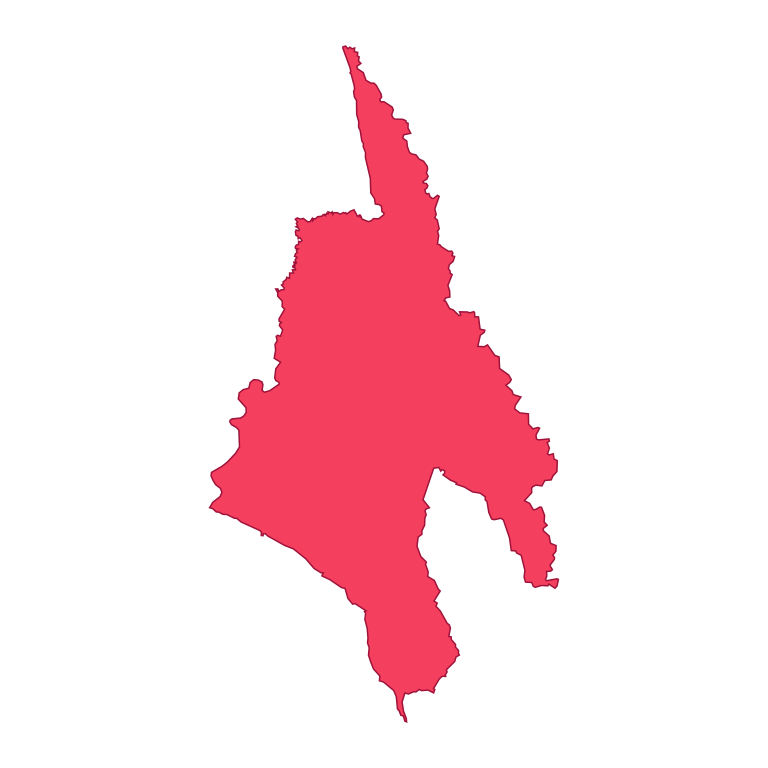 outline of Na Yai Am, Chanthaburi, Thailand
{"feature_id": "78962969B31255089270993", "entity_name": "Na Yai Am", "entity_type": "district", "adm_level": 2, "iso_a3": "THA", "parent_name": "Thailand", "parent_adm1": "Chanthaburi", "projection": "mercator", "projection_center": [101.878, 12.754], "detail": "fine", "context": "isolated", "style": "filled", "palette": "rose", "viewbox_px": 768, "rotation_deg": 0, "n_neighbors": 0, "source": "geoboundaries", "source_scale": "gbopen_adm2", "svg_char_len": 6101}
<svg xmlns="http://www.w3.org/2000/svg" viewBox="0 0 768 768"><path d="M297.3,217.9L295.3,219.2L297.6,222.0L296.3,223.4L297.7,226.1L296.0,226.8L298.3,228.0L299.4,229.9L298.7,230.8L296.1,230.0L295.4,231.7L295.9,235.2L298.1,236.5L298.2,238.7L300.2,237.8L302.0,240.6L300.3,241.9L298.6,241.3L298.5,244.5L296.3,245.1L295.2,247.0L295.5,248.3L298.1,248.9L296.3,250.1L297.3,252.5L295.6,253.6L294.6,256.4L297.1,257.3L295.1,259.8L296.5,262.8L295.8,263.4L295.3,261.9L293.8,262.1L295.0,266.0L294.5,266.5L293.6,265.3L292.8,266.2L293.0,267.3L295.3,268.3L295.5,269.8L292.4,269.8L293.4,273.1L289.6,273.0L289.5,278.2L286.7,277.3L286.2,279.5L283.1,281.8L283.2,283.9L281.5,285.0L284.1,287.8L284.1,289.5L281.2,289.8L278.8,291.5L277.8,288.9L275.7,289.0L277.6,292.4L277.8,296.3L282.3,301.2L282.1,306.6L284.6,309.2L279.0,318.9L279.2,321.4L281.4,322.4L279.7,323.9L279.4,325.6L282.7,330.0L280.5,336.2L277.5,335.3L276.2,336.5L277.2,340.7L275.0,344.4L275.6,350.3L274.2,358.3L280.6,362.2L275.8,368.8L274.7,378.0L275.7,380.4L278.7,382.2L279.4,384.0L269.7,390.7L264.5,392.2L262.1,390.4L262.9,384.6L261.9,381.9L258.1,380.0L253.7,379.7L250.2,382.5L248.8,388.2L243.1,389.7L239.2,392.9L238.3,399.0L246.0,407.7L246.2,412.3L244.2,415.6L240.7,418.0L232.0,418.9L230.2,420.1L229.8,421.8L231.4,424.6L236.6,427.6L238.9,430.2L239.5,446.9L235.6,453.3L227.2,462.2L222.0,466.3L211.5,472.4L211.1,476.0L213.1,480.5L215.6,484.6L220.5,488.4L221.9,492.3L220.2,496.5L212.8,502.3L209.6,507.7L212.7,508.6L216.2,511.9L219.1,512.2L222.8,514.3L226.8,514.5L234.5,518.3L236.5,518.2L241.1,522.0L259.6,530.4L261.3,531.8L261.3,535.5L263.0,535.7L263.4,533.6L265.5,533.8L267.8,536.0L284.6,545.4L293.5,548.9L305.9,558.9L314.1,568.5L321.2,572.9L323.3,572.8L321.9,575.9L329.8,579.6L341.7,587.7L345.0,588.3L348.0,598.6L352.7,604.2L355.0,603.6L366.1,610.9L364.5,611.6L365.6,613.3L364.9,619.5L367.2,628.4L368.0,638.3L367.5,642.8L369.2,647.7L368.5,655.2L370.8,662.1L373.5,668.9L379.9,676.1L379.4,680.8L383.5,682.0L393.7,690.5L396.3,696.7L397.5,709.1L399.1,710.7L400.9,715.3L403.3,716.0L404.9,721.2L406.6,721.9L406.3,718.4L403.5,711.2L402.1,702.0L404.9,693.0L408.4,694.0L414.0,691.6L415.8,692.0L419.3,689.5L421.4,690.6L428.1,690.1L433.6,692.9L434.8,689.6L433.6,688.5L439.2,679.1L442.1,676.3L445.7,676.4L445.3,674.8L447.1,671.9L446.3,670.4L447.3,668.8L454.7,661.5L456.0,657.0L459.4,655.0L458.4,653.3L458.5,650.5L455.5,647.1L455.5,644.4L451.3,639.6L451.1,636.8L448.8,636.5L450.4,628.1L449.3,624.9L447.2,623.3L440.3,611.0L436.0,606.3L437.2,603.1L434.0,601.0L440.2,591.0L438.2,589.0L434.4,580.5L427.7,576.5L428.2,571.9L425.5,564.3L426.4,562.2L420.8,556.5L417.0,546.3L418.1,537.1L421.9,534.3L421.9,530.7L424.6,525.2L424.9,517.9L426.2,514.7L425.0,511.1L426.0,509.0L429.4,507.7L423.0,499.7L433.7,468.2L438.8,467.5L440.8,471.1L442.0,469.6L444.8,470.9L444.6,473.2L443.0,474.9L450.5,480.2L456.5,482.7L456.0,484.2L464.5,487.1L472.5,491.9L480.0,493.1L485.3,496.8L485.2,499.9L487.0,501.5L488.8,512.4L491.6,519.0L494.1,519.7L500.8,518.3L503.4,519.9L509.5,537.9L511.3,550.6L515.6,550.9L516.6,553.0L521.2,555.3L524.9,570.3L524.1,577.2L525.5,582.1L531.7,582.5L533.3,586.2L535.2,587.3L541.5,585.5L547.9,585.8L548.8,584.1L555.0,588.2L557.0,586.0L558.4,579.4L557.0,578.8L546.5,580.7L545.5,579.4L546.8,576.1L546.6,571.5L550.7,571.1L552.4,569.7L549.9,565.4L554.3,559.4L554.5,557.3L552.7,555.2L555.9,551.3L556.1,545.6L550.5,543.3L549.1,535.9L543.4,530.8L543.3,528.4L547.2,525.3L544.1,521.9L544.6,515.5L541.5,507.3L539.9,507.0L535.9,509.4L533.2,509.7L529.7,503.4L524.4,500.7L531.7,492.7L531.6,488.2L532.8,486.6L535.9,485.1L541.9,485.9L544.8,480.5L551.2,479.9L552.9,476.0L556.9,471.6L557.3,460.7L554.0,458.9L553.3,453.8L549.2,454.9L547.5,454.0L549.4,448.1L547.2,442.6L549.4,441.1L548.9,438.9L538.8,439.9L536.5,439.1L536.0,435.0L539.6,428.2L537.9,427.5L532.9,428.8L528.6,424.3L528.4,413.8L519.8,412.9L514.7,408.9L515.2,405.5L520.9,397.0L513.3,394.6L511.9,390.7L505.9,385.2L509.7,382.4L511.3,379.6L508.7,375.0L499.6,368.5L499.1,356.9L494.9,355.5L487.5,344.9L484.3,346.7L477.8,346.4L480.3,335.3L484.2,332.3L484.8,330.2L480.1,329.2L478.5,316.9L474.8,316.8L474.5,312.4L473.7,311.7L469.5,312.9L467.6,312.0L459.6,311.8L460.7,315.1L459.1,315.6L453.1,309.9L449.5,308.5L445.6,301.1L444.0,300.7L445.7,297.9L449.9,297.0L449.6,290.7L447.9,285.4L452.2,274.5L450.1,273.3L450.1,271.1L448.4,268.4L449.4,264.6L453.2,261.2L454.6,256.5L451.9,255.6L452.9,253.1L451.7,251.1L448.5,251.3L441.3,246.7L440.0,244.9L437.4,244.0L438.7,235.5L437.5,231.3L439.2,228.8L437.3,220.0L434.7,217.8L436.2,214.5L434.8,209.0L439.2,196.4L437.5,195.3L433.6,198.4L432.1,198.4L430.1,196.7L428.8,193.5L426.9,193.9L425.6,192.9L424.9,189.6L426.9,188.1L427.8,185.6L426.4,183.5L423.4,183.0L422.9,181.6L426.8,179.1L428.1,176.3L426.4,172.9L427.6,169.0L427.2,166.4L423.6,161.2L419.2,159.1L416.0,154.9L411.3,153.8L409.4,152.2L407.4,146.7L406.8,141.1L402.8,138.1L403.7,134.8L410.7,133.3L408.0,128.0L408.1,123.3L406.1,122.5L405.9,120.7L402.7,119.3L394.9,119.1L393.3,118.2L391.6,115.1L393.3,109.9L392.2,107.1L383.9,101.7L381.0,101.9L379.6,99.8L381.6,97.1L381.0,93.9L376.2,85.3L374.0,83.2L370.9,83.1L366.0,80.3L363.3,72.6L357.4,68.7L356.9,66.3L360.9,63.4L358.5,60.9L359.2,56.9L357.4,55.9L357.7,52.4L354.3,51.6L354.7,48.0L352.1,48.8L349.9,47.2L347.8,48.7L345.6,46.1L343.1,46.7L342.8,48.0L350.0,67.7L350.8,71.2L350.0,72.9L351.2,74.2L354.2,85.7L354.6,89.2L353.6,91.5L354.4,97.0L356.5,100.5L356.7,114.5L358.7,121.6L358.6,127.2L360.2,130.6L361.8,140.9L363.4,143.6L363.2,146.6L365.5,152.3L365.4,157.5L370.3,178.3L370.8,193.0L374.5,198.6L375.3,204.0L379.1,204.6L381.4,206.2L382.0,211.7L383.9,212.9L383.8,214.7L378.7,218.8L373.4,218.6L371.2,220.8L368.3,221.6L362.0,219.1L361.2,217.0L360.0,216.8L360.8,216.0L359.9,214.9L357.5,216.3L354.0,209.8L350.4,211.2L346.8,214.1L345.7,212.6L344.6,213.2L343.5,212.5L340.0,214.2L337.4,212.7L333.3,212.7L332.8,214.3L332.1,211.9L331.1,213.0L328.0,211.8L328.1,213.7L326.7,213.2L326.4,214.4L324.8,214.4L325.2,215.5L323.2,214.6L321.9,216.2L317.6,216.7L315.4,218.8L313.2,218.6L313.7,219.4L312.5,220.8L312.1,218.6L310.2,221.6L307.7,221.8L303.3,218.4L300.4,219.2L297.3,217.9Z" fill="#f43f5e" stroke="#9f1239" stroke-width="1.5"/></svg>